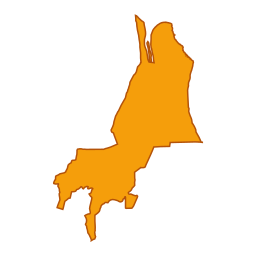 outline of Labuhan Batu, Sumatera Utara, Indonesia
{"feature_id": "22746128B75065966155231", "entity_name": "Labuhan Batu", "entity_type": "district", "adm_level": 2, "iso_a3": "IDN", "parent_name": "Indonesia", "parent_adm1": "Sumatera Utara", "projection": "robinson", "projection_center": [100.13, 2.27], "detail": "fine", "context": "isolated", "style": "filled", "palette": "amber", "viewbox_px": 256, "rotation_deg": 0, "n_neighbors": 0, "source": "geoboundaries", "source_scale": "gbopen_adm2", "svg_char_len": 5599}
<svg xmlns="http://www.w3.org/2000/svg" viewBox="0 0 256 256"><path d="M193.4,62.3L193.2,61.6L193.0,60.8L192.2,60.4L191.5,60.0L190.8,58.9L190.6,58.7L190.4,58.8L190.4,58.6L190.2,58.6L190.2,58.4L189.9,58.1L189.6,57.9L189.4,57.5L189.0,57.5L188.7,57.5L188.3,57.2L188.6,57.3L188.7,57.0L188.6,56.9L188.4,56.9L188.1,56.9L188.0,57.0L187.7,56.9L187.9,56.6L187.8,56.2L187.4,55.5L187.0,55.3L186.8,55.4L186.9,55.2L186.7,55.0L186.3,55.3L186.2,55.0L186.3,54.6L186.2,54.6L185.7,54.5L185.9,54.2L185.3,53.3L184.6,52.5L184.4,52.6L184.2,52.5L183.4,51.1L183.1,50.2L182.9,50.2L183.0,49.8L182.8,48.3L182.9,48.0L182.8,47.9L183.1,47.6L183.1,47.2L182.5,46.1L182.0,45.7L181.6,45.7L181.3,45.4L180.6,44.8L180.4,44.5L180.1,44.3L179.6,44.4L178.8,43.5L178.6,43.5L178.4,43.3L176.3,40.8L175.8,39.8L175.4,39.7L174.7,38.8L174.5,38.3L174.2,37.0L174.0,36.6L173.9,36.1L173.9,35.8L174.0,35.8L173.9,35.9L174.2,35.8L174.6,35.3L174.4,35.3L174.4,35.0L174.2,34.7L173.8,34.9L173.6,34.6L173.6,33.6L173.1,32.9L172.9,31.6L172.1,30.5L172.4,30.2L172.4,29.1L172.5,28.9L172.5,28.1L172.3,27.5L171.7,26.4L171.7,26.0L171.8,26.0L172.0,25.7L171.8,25.2L171.8,24.6L171.8,24.4L171.7,24.0L170.6,23.3L169.4,23.1L169.0,22.9L168.8,22.7L168.4,22.8L167.1,22.5L166.8,22.3L166.2,22.4L165.5,22.2L165.3,22.4L164.7,22.3L163.8,22.3L162.6,22.6L162.3,22.5L161.9,22.7L161.4,22.8L159.7,23.6L159.2,24.0L158.8,24.2L158.6,24.4L157.8,24.9L157.6,25.1L157.4,25.1L156.5,26.1L156.4,26.1L155.9,26.6L155.5,27.1L155.3,27.1L155.1,27.5L154.8,27.7L153.4,29.4L152.8,30.5L151.1,35.0L151.1,38.9L150.8,44.3L151.0,46.5L151.2,47.7L151.6,48.7L152.5,53.6L153.1,55.6L153.4,57.7L153.5,59.4L154.1,62.7L149.1,62.1L148.7,61.4L147.8,59.2L147.5,56.4L147.0,53.5L146.7,51.4L144.9,46.5L144.5,44.8L144.4,41.2L144.5,39.2L145.4,35.7L145.6,33.9L145.5,31.7L145.0,28.6L144.2,24.8L144.1,23.9L143.9,22.5L142.7,21.4L141.7,20.9L141.0,20.2L140.6,19.9L138.7,18.1L138.1,17.5L137.8,17.0L137.3,16.7L136.7,15.9L135.5,15.4L135.8,18.6L135.8,20.9L136.2,21.5L136.6,22.6L136.9,26.2L137.5,30.3L137.8,31.5L138.3,33.9L138.6,35.0L139.2,39.8L139.5,41.4L139.9,44.2L139.9,47.1L140.6,53.0L140.6,58.1L141.0,62.3L140.6,62.5L140.6,63.3L139.2,65.2L137.6,66.9L136.3,71.9L135.2,73.8L133.7,75.2L130.0,82.2L129.6,84.9L128.8,87.1L128.4,88.8L127.9,89.8L127.4,91.8L126.5,93.1L126.3,94.0L125.4,97.9L121.1,105.4L119.0,109.9L118.4,111.1L117.8,111.8L116.6,114.3L115.6,116.1L114.0,121.6L113.5,124.5L112.5,127.1L111.1,130.0L111.3,131.1L111.9,132.2L113.4,132.9L114.5,136.1L117.5,144.1L110.5,147.1L107.1,148.2L105.4,148.6L103.8,149.3L86.5,149.4L84.1,149.2L83.1,149.3L81.6,148.9L79.8,148.8L77.5,149.2L77.0,150.3L77.0,151.6L76.9,154.4L76.6,155.3L75.8,159.7L74.7,160.2L72.6,160.3L72.0,160.5L71.6,161.1L71.2,162.7L69.3,163.9L68.2,165.0L67.7,166.7L67.5,167.9L66.9,169.3L66.2,170.5L65.6,172.0L64.0,172.9L60.0,173.8L58.8,174.6L57.7,175.2L56.7,175.6L55.8,176.1L55.6,176.8L55.5,179.5L54.9,180.0L54.1,181.6L53.7,183.0L53.8,183.5L54.5,183.6L55.1,184.0L56.7,184.0L58.2,183.8L58.4,183.9L58.4,184.3L58.0,185.5L57.9,186.2L58.8,187.8L59.3,188.9L59.4,191.0L59.8,192.2L59.7,192.7L59.2,193.8L59.3,195.4L59.7,197.7L59.9,199.9L57.6,205.9L57.1,207.6L62.8,209.4L63.2,208.2L64.8,201.5L65.2,201.0L66.4,200.2L68.7,198.2L70.0,198.2L70.3,197.5L71.5,192.1L71.7,191.8L74.3,191.6L75.3,191.3L75.9,190.9L76.6,189.6L78.0,189.2L79.0,188.6L80.2,187.6L80.8,186.9L81.1,186.7L81.5,186.8L81.8,187.0L82.6,188.3L83.0,188.7L83.5,188.8L84.4,187.5L85.0,187.1L86.0,186.8L86.4,186.5L87.6,186.5L88.1,186.7L88.0,187.2L87.8,187.8L87.8,188.2L87.8,188.5L88.1,188.8L88.9,188.8L90.8,188.0L91.9,188.1L92.6,188.4L92.8,188.7L92.7,188.9L92.6,189.1L92.1,189.4L91.8,190.2L91.1,192.7L90.8,193.0L89.1,194.0L90.3,195.9L91.6,197.2L91.8,197.6L91.8,198.4L91.6,199.6L89.9,206.6L89.6,208.7L90.2,211.5L90.3,213.0L89.8,213.8L88.1,214.0L85.6,215.1L84.8,215.7L85.9,217.7L86.4,219.0L86.6,220.5L86.3,222.7L85.7,223.7L85.5,224.4L85.6,224.7L86.5,225.9L86.8,228.0L87.4,229.9L87.9,232.9L89.0,234.4L90.7,238.0L91.4,240.0L91.3,240.6L93.5,239.3L94.7,239.0L95.6,236.7L95.0,235.0L95.0,233.9L94.8,233.3L94.7,232.5L95.0,231.0L95.2,230.4L95.1,229.8L95.2,227.3L95.1,225.0L94.9,221.2L94.9,215.2L97.4,213.3L98.4,212.4L99.3,211.3L99.6,210.7L100.2,208.3L100.7,207.5L101.1,205.9L101.7,205.1L102.7,204.2L104.1,203.6L104.9,202.7L105.3,202.5L106.1,202.4L106.8,202.6L107.9,202.7L109.0,201.1L110.5,200.0L112.6,199.5L114.8,199.8L116.5,200.3L118.0,200.8L118.7,201.3L119.8,201.8L120.8,201.9L122.1,201.3L122.5,200.9L122.8,200.4L123.0,199.3L123.7,198.7L124.5,198.7L124.5,197.7L124.8,197.1L125.0,196.8L125.4,196.8L125.5,197.2L125.5,207.2L125.6,208.1L126.1,208.3L131.7,208.2L132.2,207.9L133.6,205.9L137.3,197.4L137.6,196.2L136.9,195.4L135.4,195.8L133.6,195.2L130.8,194.0L130.0,194.2L129.0,194.1L128.5,193.5L128.3,192.7L128.8,192.1L130.0,191.3L131.4,189.9L132.1,188.2L133.8,186.5L134.7,185.4L134.6,182.4L135.0,179.9L134.7,178.1L134.6,172.2L140.0,168.2L140.7,167.5L141.5,167.7L143.8,167.6L144.4,167.4L145.3,166.8L145.5,166.0L145.8,165.2L150.6,154.7L152.5,150.3L153.8,147.0L160.4,146.6L169.6,146.4L170.2,142.5L195.2,141.9L200.1,142.1L202.3,142.4L202.3,142.2L201.1,142.0L199.1,137.5L196.0,132.0L195.7,129.5L194.4,126.6L192.9,124.0L192.2,123.3L191.7,119.9L191.3,118.5L190.0,115.4L189.1,112.8L188.7,111.3L189.0,108.9L188.9,108.2L188.4,107.4L187.8,95.7L187.6,90.2L187.9,88.1L188.5,85.9L188.4,84.3L188.6,82.4L189.9,79.0L190.1,77.8L190.1,75.1L190.4,73.8L191.2,71.2L191.5,70.6L192.7,66.1L193.0,63.7L193.4,62.3ZM151.5,61.1L151.0,57.8L151.1,56.6L151.3,55.2L149.5,48.9L148.8,43.6L148.5,42.5L147.8,41.6L147.0,42.9L147.0,43.8L148.2,48.3L148.6,50.7L149.3,56.6L149.5,59.9L149.6,60.7L150.3,61.5L151.5,61.7L151.5,61.1Z" fill="#f59e0b" stroke="#b45309" stroke-width="1.5"/></svg>